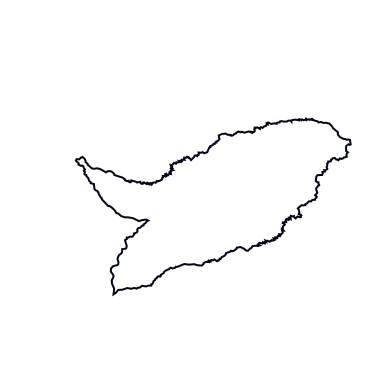 the district of Popayán, Cauca, Colombia, rotated 120°
{"feature_id": "7082276B86437588749871", "entity_name": "Popayán", "entity_type": "district", "adm_level": 2, "iso_a3": "COL", "parent_name": "Colombia", "parent_adm1": "Cauca", "projection": "equal_earth", "projection_center": [-76.57, 2.442], "detail": "fine", "context": "isolated", "style": "outline", "palette": "ink", "viewbox_px": 384, "rotation_deg": 120, "n_neighbors": 0, "source": "geoboundaries", "source_scale": "gbopen_adm2", "svg_char_len": 5963}
<svg xmlns="http://www.w3.org/2000/svg" viewBox="0 0 384 384"><g transform="rotate(120 192 192)"><path d="M186.2,93.7L185.4,93.7L185.6,94.6L184.9,95.4L183.8,93.6L182.0,93.0L180.2,94.9L179.6,93.4L178.5,95.9L177.7,95.3L176.4,96.0L173.8,95.3L173.4,95.9L173.6,97.9L173.1,98.1L172.7,96.4L171.6,96.9L170.9,95.4L169.2,96.9L168.1,96.7L167.7,96.0L168.1,95.0L167.8,94.4L166.3,95.1L166.2,92.9L165.4,93.5L165.1,94.7L164.2,94.1L163.2,94.4L162.9,92.7L161.8,91.6L162.9,90.5L163.1,89.1L160.5,88.4L159.9,85.9L159.3,85.2L158.6,85.8L157.6,85.6L157.3,86.5L157.8,88.5L156.1,88.8L154.0,90.6L153.3,92.2L148.6,90.5L148.1,89.1L146.6,87.3L145.7,87.7L144.6,86.8L141.6,86.1L140.6,84.2L138.6,83.8L137.3,81.6L136.1,82.0L134.7,81.4L133.6,81.7L133.3,83.7L130.0,83.1L127.3,86.2L124.1,86.0L122.4,85.3L121.5,86.8L120.4,87.3L120.8,89.2L120.5,90.4L116.4,92.0L114.5,91.6L112.2,87.8L110.5,88.1L109.5,89.1L107.8,87.1L106.9,88.3L106.4,87.4L104.4,86.3L103.0,87.9L101.3,88.1L99.8,89.2L98.5,88.7L97.5,89.3L96.0,87.1L94.5,87.7L94.1,87.1L93.0,87.2L92.0,86.5L91.2,85.3L91.8,83.2L91.1,82.3L91.3,81.1L88.8,80.6L88.7,79.2L87.5,78.1L86.3,77.8L84.2,75.6L82.7,76.8L80.9,77.2L79.7,76.7L79.5,79.0L75.7,81.3L74.7,81.4L72.5,80.4L72.4,78.9L71.5,78.4L67.9,81.2L68.4,83.0L69.3,83.9L69.5,85.8L70.3,87.3L70.4,91.7L69.3,94.4L67.3,95.5L66.2,101.7L64.8,104.3L64.1,107.1L64.9,110.2L66.6,113.1L66.8,115.1L68.5,117.3L68.0,118.5L69.4,123.7L68.7,123.7L68.7,124.7L70.6,126.0L70.5,126.9L71.5,128.0L71.6,129.8L72.6,129.2L72.7,130.0L74.0,131.2L74.1,132.9L75.1,133.1L74.9,134.0L75.5,135.9L76.1,136.0L76.5,135.4L77.6,138.5L79.5,141.1L80.4,141.6L81.3,141.1L80.9,142.2L82.1,144.3L83.2,144.8L84.7,146.8L85.9,150.0L86.8,151.0L87.9,150.9L89.5,153.0L90.5,152.7L91.2,154.7L93.5,157.5L93.7,160.9L94.9,161.7L95.0,160.5L95.5,160.7L95.8,160.2L96.3,161.2L97.9,161.0L99.1,162.3L101.2,162.9L101.4,164.7L102.9,165.5L102.9,164.9L103.4,164.7L103.3,167.4L104.8,169.7L105.3,168.9L106.4,169.5L107.9,168.1L109.3,168.5L110.2,170.8L110.8,170.1L111.2,173.1L114.5,176.4L114.8,178.8L116.0,179.7L116.4,182.0L118.2,183.2L119.5,183.2L120.5,184.4L122.0,184.6L122.9,185.2L123.1,186.6L123.7,186.5L123.9,188.6L124.7,190.0L124.6,192.0L126.7,195.0L129.6,197.1L132.7,194.6L134.8,195.1L136.1,196.2L136.9,195.6L137.6,196.6L138.9,196.3L139.6,197.5L141.0,197.4L143.2,199.2L144.1,198.5L145.0,199.3L149.9,198.7L152.3,200.7L152.2,202.9L153.4,203.5L154.5,206.1L156.3,204.8L157.2,205.6L158.4,205.5L158.2,206.8L159.3,207.9L160.6,207.7L164.9,208.8L163.7,211.5L164.3,212.0L163.7,212.7L164.0,214.0L165.5,214.3L166.1,216.0L167.4,215.7L167.9,214.6L169.2,216.9L169.7,216.5L170.3,217.2L170.6,216.1L171.5,216.4L171.9,219.0L172.7,218.1L173.9,219.6L174.1,220.4L175.5,220.1L175.8,222.1L178.4,222.6L179.2,224.2L180.2,223.0L179.8,222.3L180.1,221.7L180.4,221.6L180.7,222.6L181.7,221.9L181.7,221.1L182.3,221.6L182.6,219.7L183.3,220.9L184.1,220.4L184.8,221.2L186.0,221.2L185.7,220.2L186.4,219.7L186.6,220.5L187.1,219.7L187.4,220.7L189.4,221.1L189.6,222.9L189.0,223.4L189.7,224.2L190.8,223.7L190.5,222.8L190.9,222.0L191.8,222.4L191.7,223.5L192.7,225.3L193.9,224.3L194.7,224.9L196.3,224.3L198.6,225.6L200.3,228.1L201.1,227.6L202.2,228.2L202.2,228.9L203.3,230.3L205.4,230.6L204.5,231.5L205.4,232.7L206.1,231.9L206.6,232.1L207.3,234.7L206.4,234.6L206.3,235.4L207.8,235.6L207.6,238.1L208.4,239.3L209.3,239.7L209.3,238.7L209.8,239.0L210.1,240.5L209.8,240.6L209.7,241.7L209.1,242.0L211.3,244.4L211.1,245.5L212.3,250.3L213.3,249.7L214.2,251.1L214.6,250.7L214.8,251.1L214.0,252.5L214.8,253.2L215.4,255.4L214.8,256.9L214.5,256.8L214.2,259.1L216.1,267.6L215.1,268.8L214.5,271.7L215.2,274.1L216.3,275.5L218.0,276.3L218.0,283.0L218.9,286.0L220.8,288.3L221.6,290.6L220.5,295.9L219.6,296.8L219.3,299.1L218.1,299.8L216.9,301.8L216.4,304.3L217.8,305.4L220.1,306.0L221.3,308.4L222.6,308.4L223.3,307.3L223.9,304.4L225.0,304.0L224.9,301.4L224.1,300.5L224.0,299.2L225.6,297.2L225.9,296.0L227.7,296.3L228.1,294.7L229.7,294.5L230.5,293.7L230.1,292.0L231.3,291.0L231.7,288.9L233.7,286.8L234.1,284.7L235.0,284.1L234.1,280.9L238.2,278.0L238.7,276.6L238.4,274.5L239.0,274.0L239.0,273.0L240.3,271.8L242.4,268.1L242.5,267.0L243.4,266.4L246.1,257.5L245.3,256.5L245.8,252.4L246.7,249.4L248.0,247.1L247.5,244.9L248.3,241.2L247.3,236.9L246.0,235.0L244.2,230.1L243.7,223.2L241.6,221.5L238.8,218.0L238.7,215.7L239.7,216.5L242.1,216.7L243.7,217.5L245.3,217.3L245.8,218.2L248.8,219.0L250.4,220.6L252.2,220.6L252.9,219.7L254.5,219.5L257.0,221.5L257.4,220.9L260.2,221.1L261.0,221.7L261.0,222.4L262.2,223.9L263.1,224.1L264.0,225.7L265.1,224.9L267.2,226.0L271.4,221.5L273.3,220.9L274.3,221.1L276.3,223.9L279.3,222.4L281.3,222.7L282.8,223.6L284.7,223.6L287.4,223.0L289.7,220.4L291.6,219.8L292.5,220.0L295.6,223.2L298.7,223.9L301.5,222.5L303.2,218.8L304.4,217.6L308.7,217.3L311.4,215.4L314.6,211.1L319.9,208.8L317.4,207.6L313.7,206.9L311.4,203.4L307.6,200.1L306.1,196.2L303.9,193.9L303.3,191.6L302.1,191.0L300.6,189.2L298.3,188.5L296.7,184.5L294.9,183.0L293.4,180.5L292.4,181.2L291.4,180.3L288.2,180.7L286.7,180.0L285.3,180.3L284.4,179.4L282.6,179.6L281.4,178.3L281.3,177.3L280.4,177.0L279.5,177.6L276.3,176.0L274.5,176.2L271.4,174.3L270.4,173.2L269.5,173.3L268.1,172.5L267.9,170.5L266.0,168.7L264.9,168.7L264.5,167.6L258.2,162.6L256.4,158.2L253.4,154.0L252.8,150.9L250.8,146.7L248.3,146.0L247.5,146.4L245.6,144.9L244.3,142.4L243.4,143.5L242.9,143.3L242.9,141.1L241.2,141.3L240.6,139.6L239.2,139.0L239.4,135.7L238.5,135.5L238.1,134.6L236.0,134.7L235.8,133.8L233.6,133.7L231.1,132.0L229.1,131.6L228.0,132.0L224.4,129.0L223.4,128.9L223.2,127.7L222.1,126.4L218.8,125.0L217.8,125.4L215.4,122.4L215.1,118.0L215.7,116.6L215.0,114.1L211.7,113.3L211.1,112.7L208.5,112.5L206.1,109.1L206.0,108.0L204.4,106.6L204.6,108.7L202.4,108.3L201.4,105.3L200.0,105.5L200.4,103.8L200.1,103.1L198.9,103.8L198.4,102.6L197.4,103.9L197.4,103.1L196.7,102.8L196.2,99.9L195.3,99.3L195.7,100.3L194.8,99.2L193.7,98.9L193.6,97.6L192.4,96.5L191.4,98.1L190.7,96.2L189.7,95.4L189.4,96.7L188.4,95.4L187.0,95.7L186.2,93.7Z" fill="none" stroke="#020617" stroke-width="2"/></g></svg>